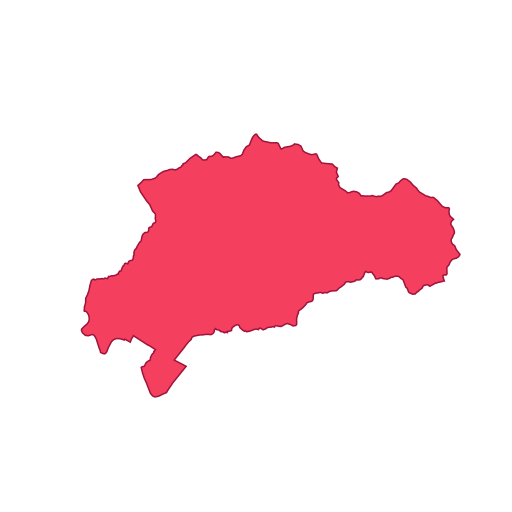 outline of Atel, Sibiu, Romania, rotated 236°
{"feature_id": "2599482B64113927200827", "entity_name": "Atel", "entity_type": "district", "adm_level": 2, "iso_a3": "ROU", "parent_name": "Romania", "parent_adm1": "Sibiu", "projection": "robinson", "projection_center": [24.475, 46.158], "detail": "fine", "context": "isolated", "style": "filled", "palette": "rose", "viewbox_px": 512, "rotation_deg": 236, "n_neighbors": 0, "source": "geoboundaries", "source_scale": "gbopen_adm2", "svg_char_len": 6119}
<svg xmlns="http://www.w3.org/2000/svg" viewBox="0 0 512 512"><g transform="rotate(236 256 256)"><path d="M175.9,440.3L180.3,439.2L182.0,439.4L184.8,440.7L187.0,442.7L188.3,442.8L190.2,439.9L191.4,439.1L193.4,438.1L200.1,437.4L205.1,436.0L205.7,435.5L206.7,433.6L209.9,431.5L210.5,430.6L217.6,427.3L221.0,426.9L222.3,427.1L227.0,425.7L228.3,425.7L228.8,425.4L230.5,425.5L235.4,423.8L237.4,421.9L237.7,420.5L237.5,417.8L236.8,415.3L237.3,412.2L234.5,404.4L234.7,401.7L235.3,400.6L235.6,399.4L235.4,394.8L235.9,392.1L236.9,391.5L237.7,389.3L238.3,388.5L241.3,386.0L241.7,384.2L243.8,381.4L244.2,380.5L247.0,377.2L247.1,376.7L250.1,376.7L252.5,375.6L254.4,373.9L255.3,372.7L255.9,370.8L256.2,369.0L256.9,367.4L260.1,366.5L265.5,364.0L266.5,363.9L268.9,364.3L270.4,365.6L274.5,365.5L275.7,366.6L275.8,368.5L276.4,368.8L279.9,369.3L281.1,370.1L283.3,372.6L286.1,371.2L289.5,370.7L296.2,362.6L297.6,362.3L301.4,362.3L306.3,363.2L306.9,363.0L307.3,362.7L308.3,359.9L309.1,358.6L310.8,357.1L314.2,354.8L316.6,353.8L322.0,354.7L325.2,353.1L326.4,351.5L327.4,350.7L327.2,349.4L327.3,347.5L327.8,345.7L330.2,340.3L330.4,337.1L330.6,336.8L331.5,336.6L336.7,337.4L337.6,337.1L338.7,336.1L339.1,335.2L341.5,331.7L347.0,326.4L348.4,325.7L352.3,324.7L354.2,324.5L356.5,324.6L357.1,324.1L357.2,322.3L356.3,319.7L355.4,318.0L351.7,312.6L352.0,309.0L350.4,304.9L348.1,301.8L347.7,300.1L347.8,299.3L349.6,294.2L350.0,291.9L351.1,289.7L353.4,288.7L355.9,285.2L355.7,285.1L356.0,284.2L361.4,283.4L363.0,282.5L364.4,280.9L363.4,277.6L363.3,276.5L363.6,274.5L364.6,273.3L364.8,272.1L363.4,268.8L364.8,266.4L365.5,265.5L368.5,265.1L370.9,264.0L372.7,263.7L373.7,263.2L373.9,262.7L373.8,255.7L372.6,249.5L373.3,247.2L372.4,246.5L372.4,245.1L371.7,243.8L371.8,242.7L372.1,241.9L372.0,239.4L372.6,237.0L374.4,235.5L375.5,233.8L376.0,232.7L376.4,230.6L377.9,226.6L378.1,221.2L377.7,219.2L377.1,218.3L376.9,216.2L378.0,211.9L381.5,206.5L382.0,205.4L381.3,202.8L380.5,197.5L373.8,196.1L362.7,196.1L358.0,196.6L351.0,195.4L347.4,196.1L347.0,196.0L344.2,194.2L343.7,193.5L341.2,192.6L340.3,191.7L340.0,190.2L340.5,189.6L340.5,189.0L338.7,186.0L338.7,185.5L339.3,183.9L339.2,183.1L338.9,182.5L336.9,181.0L336.4,179.8L336.4,179.0L337.3,177.6L337.6,176.8L337.3,174.6L336.2,172.7L332.7,169.1L332.5,167.3L330.6,163.2L329.1,160.6L329.1,159.6L328.2,157.9L326.8,156.4L325.1,155.7L325.0,155.0L324.4,154.2L322.8,153.0L321.9,151.6L321.7,151.0L322.6,148.9L322.7,147.5L321.2,145.3L322.8,144.1L323.1,143.1L322.9,142.4L321.9,141.1L322.0,140.0L321.6,139.2L319.2,135.8L319.1,135.3L319.7,134.6L319.3,133.1L318.9,132.5L317.9,131.8L318.6,130.7L318.4,129.5L318.8,128.3L319.6,126.2L320.3,125.4L320.9,123.1L321.5,122.4L320.3,120.2L322.0,118.6L322.3,118.0L322.1,117.4L322.3,117.0L323.6,115.4L323.9,114.4L325.8,111.5L325.9,110.1L326.3,109.0L327.6,108.6L327.9,107.5L327.8,105.9L324.4,101.8L320.0,97.4L319.7,96.6L318.4,95.1L316.2,91.2L312.4,88.5L309.5,85.0L308.6,84.6L307.6,83.5L306.2,82.8L305.6,83.8L304.9,84.1L303.4,84.4L301.3,84.3L298.9,83.6L296.7,82.3L295.2,80.7L294.1,78.1L293.7,74.3L292.9,70.5L292.0,69.7L289.4,69.2L285.7,70.1L283.7,72.3L282.7,75.8L282.0,76.8L280.6,77.5L276.7,77.2L266.7,74.3L264.9,74.0L263.0,73.2L260.8,74.5L259.6,75.6L259.4,76.8L260.1,78.9L262.6,82.3L265.6,87.9L266.1,89.8L266.2,91.9L265.4,94.4L263.3,97.2L260.0,99.8L260.4,100.7L254.9,103.6L257.1,106.8L258.0,109.1L258.5,109.8L242.3,116.7L241.9,117.2L240.1,118.0L234.5,120.3L234.1,119.3L234.1,117.9L233.2,117.4L232.4,114.4L230.9,111.9L228.8,109.8L229.2,107.9L229.1,105.6L228.6,104.3L227.3,102.4L227.1,101.5L227.9,99.9L227.8,98.5L222.4,96.5L217.0,95.0L212.2,94.2L201.3,91.7L199.4,91.8L197.0,92.4L195.9,93.2L195.2,94.4L194.2,97.0L193.6,101.6L192.8,105.5L193.6,106.8L197.4,116.2L203.6,136.4L215.5,130.0L220.1,144.8L221.8,149.4L221.8,149.9L222.5,151.9L223.0,155.4L224.4,157.4L224.2,159.9L221.9,165.4L220.8,167.0L218.8,171.0L217.7,172.6L216.1,174.5L215.8,175.4L215.9,177.3L216.2,178.3L217.1,179.6L218.1,180.2L218.4,181.8L217.8,181.8L217.6,182.1L216.9,182.2L215.6,183.8L214.4,184.1L214.1,184.5L213.2,184.4L211.5,186.3L210.1,186.7L210.1,187.5L209.7,187.8L209.8,188.2L209.3,188.7L209.3,189.1L208.9,189.2L209.2,189.6L208.7,189.6L209.1,190.6L207.9,193.6L208.0,194.2L208.8,194.7L209.8,196.1L210.0,196.9L210.0,200.1L209.5,202.2L207.8,203.1L205.5,202.6L202.3,203.4L200.2,204.2L199.6,205.6L198.4,205.9L197.2,208.7L195.8,214.5L194.3,216.5L193.7,216.6L193.5,216.9L194.2,218.1L194.1,218.7L193.7,219.4L190.8,220.6L190.1,224.0L190.3,225.3L189.7,227.0L188.6,228.6L188.0,230.5L186.8,231.4L186.8,231.8L187.3,232.4L187.1,233.4L186.3,234.5L185.2,235.3L183.5,237.4L183.1,242.0L182.6,244.1L179.5,246.5L177.3,247.6L176.2,250.0L176.3,250.8L176.7,251.6L181.3,254.6L183.8,257.3L185.0,259.3L186.1,260.0L186.6,260.7L186.9,265.7L187.9,270.2L188.7,271.8L188.2,274.6L187.6,275.8L187.3,276.9L187.4,277.7L187.7,278.5L188.6,279.5L192.0,282.0L192.3,282.7L191.5,285.4L190.8,286.5L189.9,289.0L187.7,290.6L187.2,292.7L185.7,294.2L185.5,296.8L184.9,298.8L182.3,303.2L182.3,304.2L182.9,306.8L182.9,310.0L183.3,314.0L183.9,314.7L184.2,316.2L183.0,318.4L181.6,319.4L180.2,322.7L179.8,325.0L180.2,325.4L180.2,325.9L178.8,327.5L178.0,329.4L179.0,333.5L181.0,336.3L181.9,338.3L180.2,339.2L179.2,340.3L179.1,341.2L178.6,341.6L178.4,342.6L178.1,342.8L173.2,343.1L170.3,342.5L170.0,342.6L168.5,345.0L168.4,346.7L168.0,347.4L166.1,348.8L163.4,351.9L162.7,355.0L162.7,356.3L162.0,357.4L161.5,359.9L160.2,362.0L158.8,363.1L156.6,363.5L153.9,364.6L147.0,362.9L146.2,362.8L144.6,363.3L141.0,362.4L139.6,362.6L136.5,364.7L135.5,366.9L136.0,368.7L135.9,371.2L136.3,371.9L136.4,375.5L137.2,377.2L137.7,377.7L137.8,378.3L136.5,381.8L136.0,382.3L133.7,383.1L133.1,389.9L132.6,390.4L132.4,391.8L130.7,396.1L130.4,397.7L130.0,398.1L134.4,399.5L135.1,400.1L135.3,401.2L133.9,403.0L134.4,404.4L139.5,407.6L140.1,408.4L140.6,410.8L142.6,413.9L143.3,416.7L143.3,417.5L142.1,421.1L142.1,423.6L142.9,425.5L143.3,426.0L149.4,425.6L152.9,426.4L154.3,426.2L155.8,425.5L158.5,425.8L159.9,426.5L160.6,427.1L161.8,429.5L163.3,431.6L163.8,432.9L164.3,433.5L165.7,434.3L168.9,435.1L173.5,435.2L175.4,437.3L175.9,440.3Z" fill="#f43f5e" stroke="#9f1239" stroke-width="1.5"/></g></svg>